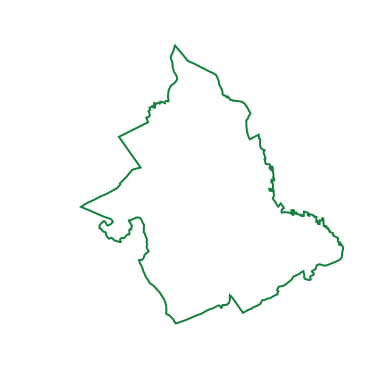 Phra Nakhon Si Ayutthaya, Phra Nakhon Si Ayutthaya, Thailand (Equal Earth projection), rotated 150°
{"feature_id": "78962969B15942215938926", "entity_name": "Phra Nakhon Si Ayutthaya", "entity_type": "district", "adm_level": 2, "iso_a3": "THA", "parent_name": "Thailand", "parent_adm1": "Phra Nakhon Si Ayutthaya", "projection": "equal_earth", "projection_center": [100.553, 14.343], "detail": "fine", "context": "isolated", "style": "outline", "palette": "green", "viewbox_px": 384, "rotation_deg": 150, "n_neighbors": 0, "source": "geoboundaries", "source_scale": "gbopen_adm2", "svg_char_len": 5952}
<svg xmlns="http://www.w3.org/2000/svg" viewBox="0 0 384 384"><g transform="rotate(150 192 192)"><path d="M105.8,228.7L101.9,231.0L102.1,233.4L101.9,236.4L102.0,239.6L102.3,242.6L103.4,244.5L104.7,246.2L106.6,247.5L107.7,248.6L108.6,248.9L109.8,250.0L110.7,250.4L111.4,251.7L112.6,252.5L113.1,255.6L113.2,257.0L113.4,257.1L114.2,256.2L114.5,256.3L115.1,258.8L115.6,259.5L116.2,259.7L116.5,260.7L116.5,261.8L115.5,263.5L115.0,265.5L114.8,267.9L114.8,270.2L114.5,272.3L113.6,273.8L113.4,274.6L112.8,278.9L112.6,281.2L114.0,283.8L119.6,292.0L125.5,301.4L130.1,307.6L131.6,317.5L133.1,325.2L133.4,327.3L134.2,326.7L137.5,323.5L142.5,320.0L143.3,318.8L144.4,313.8L144.9,312.2L146.1,310.7L147.5,305.2L147.6,304.6L147.3,302.9L147.3,300.9L147.8,298.4L148.6,297.2L149.5,296.4L151.6,295.4L154.9,294.8L156.8,294.7L160.1,292.7L161.0,291.8L161.5,291.6L164.9,287.0L165.7,285.2L166.6,282.9L166.9,282.4L167.4,282.4L167.6,282.9L168.7,283.8L169.0,283.9L170.6,283.2L170.9,282.5L171.1,282.4L171.7,283.5L172.3,284.0L172.8,284.8L173.7,285.7L174.8,285.9L175.0,285.6L175.1,284.7L175.6,284.6L176.0,285.9L176.2,286.0L178.4,286.3L179.6,286.2L179.8,286.4L179.7,287.6L180.2,288.0L180.3,287.8L180.4,287.1L181.0,286.9L181.5,286.2L181.5,285.8L180.7,285.6L180.7,285.2L180.9,284.8L181.5,284.5L181.7,283.7L182.3,283.7L183.0,284.3L183.3,285.0L183.6,286.3L185.4,286.1L186.6,286.3L186.8,285.9L187.2,284.0L189.4,283.6L189.3,281.8L190.2,279.8L190.4,279.2L192.8,278.7L194.4,279.2L195.2,274.4L227.7,276.3L224.3,238.9L231.0,240.8L233.2,240.9L240.6,238.1L249.9,235.5L250.3,235.2L250.2,234.6L251.7,233.8L253.6,233.1L255.6,232.8L267.1,233.1L273.4,233.9L281.6,234.2L287.3,234.9L291.2,234.9L295.5,234.6L280.2,214.1L276.7,210.3L275.5,208.3L275.4,205.7L275.7,205.4L277.3,205.3L278.8,204.7L281.6,205.0L281.9,205.2L282.1,205.8L282.2,207.1L282.0,208.3L282.2,209.7L282.8,210.9L286.9,210.1L287.8,209.6L288.6,209.4L289.3,208.5L289.8,207.1L290.2,207.1L290.3,206.8L289.3,206.1L288.7,202.3L288.3,201.6L287.2,200.7L287.1,200.2L287.1,199.4L287.9,197.6L287.7,194.0L287.4,193.2L286.8,192.8L285.2,192.8L284.6,192.6L284.3,191.9L283.5,189.1L279.6,184.8L278.7,184.3L278.1,186.7L277.7,187.1L276.8,187.4L275.7,187.2L274.5,186.3L273.7,186.0L269.8,187.4L269.1,187.4L268.0,186.6L267.1,186.9L266.2,189.0L265.1,190.6L264.5,190.8L263.4,190.0L262.4,191.3L260.9,192.6L261.0,194.4L260.9,196.4L261.2,198.0L261.1,198.8L260.8,199.1L259.2,198.1L257.2,198.3L254.7,197.7L253.4,197.9L252.8,197.4L252.0,197.3L250.2,195.9L249.7,194.2L249.6,193.3L250.1,189.8L250.0,187.5L251.4,185.3L252.1,184.6L252.4,183.4L253.9,181.6L253.9,180.8L253.5,179.5L254.3,177.5L254.4,175.3L255.0,172.8L256.5,171.3L257.0,168.8L258.4,167.7L258.7,167.2L259.1,165.9L259.3,163.1L259.2,162.3L264.5,161.2L265.5,160.4L266.5,159.3L268.7,158.3L269.3,158.3L272.0,159.5L272.5,156.8L272.9,151.2L273.8,147.5L273.9,145.2L274.4,142.4L274.4,140.8L274.1,138.0L274.2,134.7L273.8,133.4L272.6,131.0L271.8,128.7L270.9,124.2L270.2,121.3L269.9,112.7L270.2,110.1L272.0,104.8L274.3,100.7L275.2,100.0L275.0,98.7L273.4,96.9L272.8,94.8L271.9,90.9L272.1,88.7L271.7,86.2L261.5,84.2L248.8,82.7L244.7,81.9L238.7,81.9L233.9,81.4L232.6,80.8L225.7,80.6L225.4,80.3L224.8,79.2L224.6,78.5L224.8,77.3L224.3,76.9L224.0,77.1L223.4,78.1L222.8,78.2L222.1,78.9L221.7,78.8L220.9,78.0L217.5,76.8L216.6,77.4L215.7,77.5L214.2,78.6L213.3,79.4L212.7,80.4L212.1,81.7L210.8,83.6L210.4,82.2L209.8,79.0L208.3,61.8L201.8,61.8L199.6,61.3L195.6,61.4L192.6,60.9L189.4,60.9L188.1,61.1L187.4,62.0L184.9,63.1L183.6,62.3L179.2,61.8L177.8,61.0L172.5,61.1L169.1,60.6L168.6,61.9L166.8,62.7L167.4,64.6L166.2,65.4L165.6,65.6L164.7,66.5L164.1,66.5L162.0,65.9L160.4,65.2L157.3,65.1L153.7,65.6L149.2,66.4L147.3,67.6L146.1,68.0L139.1,67.3L138.4,67.8L135.1,67.7L136.6,63.3L137.6,61.9L137.7,60.8L137.5,60.2L135.9,58.3L133.6,56.7L132.7,57.2L132.6,58.2L132.3,59.0L131.4,59.9L129.0,59.5L127.8,59.7L127.3,60.5L127.3,61.1L127.7,62.0L127.9,62.7L127.7,63.5L125.0,63.4L123.5,63.6L122.7,64.1L120.8,66.1L118.4,65.9L117.6,65.6L114.2,62.0L111.5,61.0L98.5,59.3L95.1,60.4L94.4,61.0L93.9,61.6L93.7,62.3L92.2,64.5L89.6,67.1L88.8,69.0L89.1,73.3L90.3,72.1L91.0,73.1L89.7,75.0L90.4,76.3L88.5,79.0L91.2,83.3L91.1,83.5L91.4,83.9L90.4,85.5L92.6,88.6L92.2,89.0L92.6,89.6L92.1,90.5L92.6,91.3L92.4,91.6L92.8,92.2L92.4,92.7L93.0,93.3L92.8,93.6L93.4,94.3L92.8,95.1L93.3,95.6L93.8,94.8L94.3,95.6L94.1,95.8L94.6,96.4L94.3,96.9L94.6,97.3L94.0,98.2L94.1,98.7L92.7,100.9L92.9,101.2L91.5,103.4L92.3,104.2L93.5,102.3L95.4,103.6L97.6,100.3L98.7,101.3L98.3,101.8L98.6,102.0L97.5,103.7L98.2,104.5L98.9,103.4L99.4,104.0L96.7,108.1L97.2,108.6L97.6,108.2L98.2,108.9L97.9,109.2L98.7,110.1L98.3,110.6L99.0,111.8L101.3,114.1L102.3,112.7L103.3,114.1L102.0,116.0L104.7,119.0L107.3,115.3L107.5,115.3L108.5,116.4L108.7,117.0L108.5,117.4L108.8,117.7L109.4,116.9L110.0,118.1L111.3,119.9L111.8,121.2L112.0,120.9L112.3,121.6L112.7,121.1L113.9,122.5L113.6,123.2L113.8,123.5L112.8,125.0L113.1,125.4L115.4,121.8L116.1,122.4L116.2,122.1L116.8,123.0L114.7,126.2L115.0,126.5L116.4,124.1L120.8,127.5L122.5,128.6L124.6,129.4L124.1,130.4L122.9,131.9L120.5,132.1L120.3,133.0L120.5,133.5L120.5,135.6L120.8,136.4L120.9,137.8L124.5,136.2L124.9,137.9L125.0,138.9L124.7,141.6L125.2,143.8L125.3,146.0L123.0,147.7L121.0,151.6L121.9,152.6L123.9,154.2L123.7,154.9L124.0,155.2L123.5,156.2L122.2,155.3L121.4,154.1L120.4,153.4L119.7,155.1L118.9,156.8L118.7,156.8L117.6,160.0L118.5,160.7L117.2,162.6L116.7,161.6L116.3,162.1L116.0,161.7L115.6,162.1L114.9,161.3L114.7,161.9L114.1,163.1L114.4,164.1L113.3,165.2L109.7,173.6L110.4,174.1L112.0,170.5L112.4,170.9L111.4,172.8L111.7,173.0L111.8,172.9L112.8,173.1L112.6,174.6L111.7,174.9L111.1,175.4L110.9,177.2L111.9,177.7L114.1,179.6L112.6,184.4L111.6,184.2L110.2,190.7L108.2,192.0L109.5,193.3L109.9,194.5L110.5,195.7L108.9,199.9L106.6,203.5L106.6,204.3L107.1,204.9L106.2,206.6L105.6,208.3L115.4,208.7L115.6,209.9L115.3,212.3L114.2,216.9L113.1,219.1L112.6,220.5L109.6,226.2L109.0,226.9L107.1,227.5L105.8,228.7Z" fill="none" stroke="#15803d" stroke-width="2"/></g></svg>